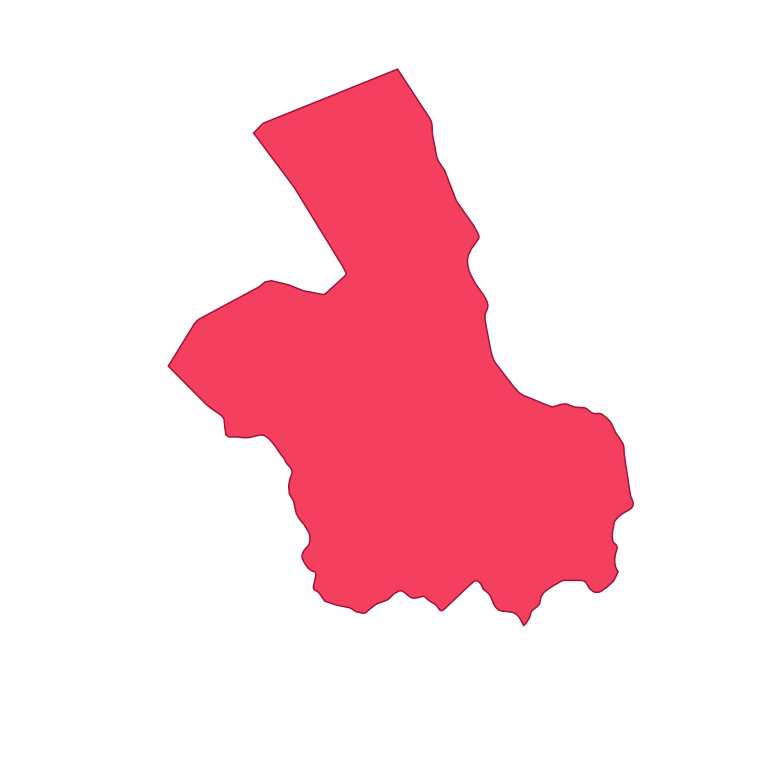 Bayanhongor, Natural Earth projection, rotated 151°
{"feature_id": "MNG-3317", "entity_name": "Bayanhongor", "entity_type": "Province", "adm_level": 1, "iso_a3": "MNG", "parent_name": "Mongolia", "parent_adm1": "", "projection": "natural_earth1", "projection_center": [99.6, 45.149], "detail": "fine", "context": "isolated", "style": "filled", "palette": "rose", "viewbox_px": 768, "rotation_deg": 151, "n_neighbors": 0, "source": "natural_earth", "source_scale": "10m", "svg_char_len": 3345}
<svg xmlns="http://www.w3.org/2000/svg" viewBox="0 0 768 768"><g transform="rotate(151 384 384)"><path d="M363.3,670.6L327.3,666.2L291.4,661.7L255.4,657.3L219.5,652.8L215.2,594.3L215.3,590.8L216.1,587.9L220.5,579.1L227.3,558.5L228.1,555.0L228.3,551.6L227.4,541.5L231.7,510.9L231.8,507.5L228.8,479.1L228.9,469.2L229.5,466.8L230.8,465.2L242.1,459.8L246.4,456.9L248.3,455.2L249.6,453.7L251.7,450.6L253.1,447.2L254.6,442.1L255.1,438.9L255.4,427.4L253.8,412.8L253.7,409.2L254.1,405.3L254.8,402.8L256.1,400.7L257.4,399.4L260.8,396.8L262.0,395.6L264.8,390.6L275.0,359.5L276.1,353.8L276.5,349.3L271.8,318.1L270.2,311.5L267.9,306.8L251.3,286.0L248.2,282.7L246.7,282.0L244.3,281.3L241.6,281.0L237.3,279.7L235.4,278.8L233.5,277.5L230.3,273.4L227.9,271.0L220.4,266.2L218.7,264.2L216.9,259.2L215.5,257.0L213.7,255.8L209.8,253.8L208.5,252.5L207.7,251.2L205.7,246.2L204.9,243.6L204.4,241.0L204.3,238.4L205.0,229.4L204.2,221.8L204.0,215.5L204.5,213.2L208.3,205.3L221.9,168.7L222.8,165.4L223.1,162.0L223.8,159.0L225.2,156.8L227.8,155.5L230.8,155.1L238.9,155.0L244.3,153.9L249.3,151.9L256.6,142.8L259.0,138.4L260.2,135.2L259.7,132.9L259.0,130.9L259.1,128.3L260.3,126.6L264.2,122.9L266.8,119.4L268.3,116.8L269.3,114.5L269.9,112.6L270.4,109.5L270.4,108.4L270.4,107.6L270.1,106.6L275.8,102.2L279.1,100.3L287.8,98.2L294.7,97.4L296.2,97.6L297.7,98.0L299.1,98.7L300.3,99.5L301.5,100.7L303.4,105.4L303.6,112.6L304.5,114.6L306.3,116.3L321.3,124.8L323.6,125.5L326.2,125.6L336.8,125.4L344.0,124.4L346.6,123.5L348.0,122.8L349.7,121.7L354.1,116.8L355.9,115.6L358.1,115.0L363.7,114.2L365.4,113.4L367.0,112.2L368.5,110.5L370.8,108.5L376.9,105.4L379.0,105.2L378.8,113.9L379.5,117.2L380.7,119.9L382.1,121.6L384.7,123.9L391.2,128.4L393.4,130.9L394.4,133.7L394.8,136.5L394.6,139.3L393.9,144.8L393.8,147.5L394.3,150.6L395.0,152.5L396.0,154.6L396.5,156.2L396.6,157.8L396.4,159.9L396.3,162.1L396.9,164.8L397.9,166.6L399.5,167.5L401.2,167.7L409.0,166.0L439.3,158.1L442.0,157.7L443.8,157.9L444.7,158.9L445.7,165.7L447.1,168.4L449.1,171.5L450.2,174.1L451.5,178.1L452.3,179.2L453.1,179.6L457.7,180.6L460.4,181.5L463.4,183.5L464.8,185.7L466.7,190.7L467.9,193.3L469.1,194.7L470.9,195.7L477.5,195.6L483.8,193.7L486.9,193.6L496.5,195.1L500.5,194.9L511.3,192.8L513.3,193.5L518.7,198.3L521.8,203.9L523.0,205.3L532.9,213.8L541.1,222.8L541.9,231.6L542.3,233.5L543.1,235.4L544.3,236.9L544.8,238.6L544.4,240.5L536.8,249.2L535.3,252.2L536.3,254.2L537.5,255.2L538.6,257.2L539.6,259.6L540.3,265.3L540.2,269.9L539.8,271.9L539.1,273.3L537.6,275.2L535.3,276.8L532.7,278.0L528.0,279.6L526.3,281.0L524.8,282.9L523.4,285.2L522.3,287.8L521.7,290.5L522.1,299.9L523.2,305.7L523.6,309.4L523.4,313.7L519.8,325.6L520.0,331.5L519.9,334.2L516.7,341.2L512.8,346.2L507.7,350.5L506.9,351.9L506.4,353.7L506.4,355.8L507.6,361.5L507.7,364.0L507.5,367.4L507.7,369.0L508.2,370.8L509.3,382.5L510.0,386.8L511.2,391.8L512.1,394.2L513.2,396.3L515.0,398.2L517.2,399.5L528.1,402.6L533.7,405.6L537.1,408.3L545.1,412.7L546.9,415.8L544.7,422.1L541.4,429.8L541.0,431.0L540.9,432.6L541.3,434.6L542.5,437.4L546.5,445.4L549.2,451.9L564.0,504.2L520.5,528.7L516.3,530.1L514.1,530.4L446.3,529.5L438.4,530.9L432.4,528.9L419.4,517.0L409.6,504.9L394.6,492.3L393.3,491.6L392.2,491.4L391.0,491.4L364.5,497.8L363.7,498.6L363.3,500.1L363.1,507.0L367.2,599.5L376.4,666.8L363.3,670.6Z" fill="#f43f5e" stroke="#9f1239" stroke-width="1.5"/></g></svg>